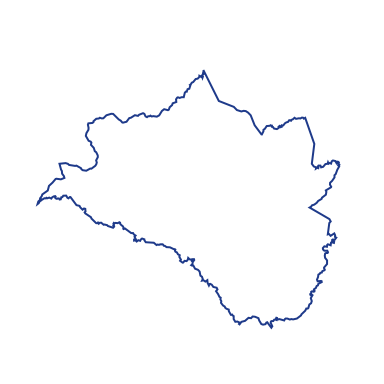 San José Del Fragua, Caquetá, Colombia, rotated 280°
{"feature_id": "7082276B10460666438069", "entity_name": "San José Del Fragua", "entity_type": "district", "adm_level": 2, "iso_a3": "COL", "parent_name": "Colombia", "parent_adm1": "Caquetá", "projection": "albers", "projection_center": [-76.127, 1.343], "detail": "fine", "context": "isolated", "style": "outline", "palette": "blue", "viewbox_px": 384, "rotation_deg": 280, "n_neighbors": 0, "source": "geoboundaries", "source_scale": "gbopen_adm2", "svg_char_len": 6002}
<svg xmlns="http://www.w3.org/2000/svg" viewBox="0 0 384 384"><g transform="rotate(280 192 192)"><path d="M314.1,182.0L313.2,182.4L310.7,182.2L310.1,182.9L308.5,181.5L307.6,182.7L306.4,182.5L307.2,182.1L306.8,181.4L307.7,179.1L306.5,179.2L304.6,177.9L303.9,176.0L300.5,174.1L299.6,172.8L297.8,172.1L297.1,171.4L296.7,171.9L293.2,171.4L292.5,169.8L289.9,169.4L289.9,168.6L288.6,167.7L283.9,167.4L283.6,165.4L282.5,163.5L282.8,161.7L282.3,161.0L280.5,160.2L277.9,160.9L276.0,157.6L274.1,157.3L271.6,155.3L269.1,154.9L268.4,154.1L268.7,150.2L266.6,148.3L261.8,146.4L260.1,144.3L260.0,140.8L259.4,139.2L260.0,137.8L259.3,137.2L259.0,135.7L257.9,134.7L258.4,133.1L260.7,131.5L261.1,130.1L258.9,126.5L257.6,125.6L257.7,122.4L254.5,118.9L253.9,117.4L249.8,115.3L248.3,112.0L248.4,111.2L249.9,109.4L250.7,107.3L255.2,100.8L255.0,98.9L252.7,94.4L249.2,91.9L248.8,90.4L249.1,88.3L248.2,87.5L247.5,85.0L244.6,82.7L243.6,82.8L242.7,81.9L241.6,78.0L240.2,77.8L237.2,79.0L235.3,79.2L231.6,77.8L228.8,77.7L224.5,81.3L224.0,83.5L223.2,84.3L220.9,84.3L218.4,87.6L215.3,89.2L214.5,90.8L211.7,92.8L210.0,93.2L206.5,92.1L204.5,93.1L202.6,92.9L201.0,92.2L197.5,88.9L197.4,87.7L194.6,84.2L194.5,80.6L195.2,79.2L196.2,78.5L197.9,73.6L197.4,72.4L197.3,66.3L198.2,64.9L198.5,62.5L196.8,56.6L191.4,59.1L190.1,60.2L187.5,60.9L185.4,63.1L183.7,63.9L181.7,60.7L181.5,56.1L181.1,55.4L177.0,53.0L173.2,50.1L168.4,49.7L163.6,45.0L161.7,44.7L159.4,43.5L157.7,43.6L156.0,42.3L153.3,42.0L154.4,43.0L156.1,43.5L157.5,44.9L158.7,45.1L158.5,45.9L160.2,47.7L160.3,49.2L161.0,49.6L160.7,50.6L161.7,52.4L161.1,54.6L162.3,55.1L163.6,56.5L164.2,58.0L163.8,58.5L162.7,58.2L162.1,58.7L161.8,60.2L162.4,61.0L162.5,62.1L161.6,62.9L162.0,64.0L164.1,64.2L164.4,65.2L166.0,65.9L166.6,68.7L164.7,70.3L164.3,71.4L165.8,72.5L165.9,73.2L159.0,80.5L158.8,83.6L157.4,84.7L155.6,87.3L157.0,88.5L156.9,89.8L154.4,90.5L153.3,89.8L152.4,90.6L149.6,96.9L148.4,97.6L144.7,103.0L144.8,104.1L145.6,104.7L144.6,105.7L145.6,106.4L146.0,107.9L144.4,110.7L144.8,111.5L144.6,114.2L143.9,115.1L143.1,120.5L144.3,121.3L145.2,120.4L145.8,120.9L147.0,120.1L148.0,120.4L147.7,121.2L148.3,122.1L148.4,124.3L149.6,125.7L149.3,126.5L148.3,126.7L147.3,127.9L146.2,129.9L145.0,130.8L143.9,130.7L143.6,131.1L144.4,132.4L141.0,139.2L141.3,141.1L140.1,142.1L139.3,144.0L137.9,143.2L135.7,144.9L135.1,143.2L134.1,143.4L134.6,144.6L133.6,146.1L135.2,147.5L134.9,149.4L136.4,149.9L137.5,150.9L137.1,153.3L136.2,153.5L134.5,155.2L135.4,163.2L133.6,166.3L134.3,167.3L134.2,168.7L135.0,169.8L134.9,170.6L135.4,171.5L135.2,172.6L134.2,173.5L134.2,174.7L133.3,176.5L133.7,179.9L132.6,183.8L132.7,185.0L132.4,185.6L131.2,185.4L130.3,186.1L129.9,187.6L128.2,189.0L127.6,190.9L125.9,190.8L123.5,192.8L122.2,192.2L120.8,195.0L121.0,195.6L122.9,196.6L123.0,198.7L124.6,199.6L126.4,199.7L125.3,201.3L125.3,203.0L124.3,203.6L124.7,204.1L125.9,204.0L126.2,205.6L125.4,206.0L123.1,204.9L121.1,204.9L119.8,204.0L119.5,204.9L119.8,206.1L117.0,208.3L116.4,211.4L115.0,213.3L111.1,214.8L110.3,216.5L108.2,217.7L106.5,217.3L107.1,218.6L106.1,220.7L107.8,222.4L105.3,223.1L102.8,224.9L104.5,225.4L104.7,225.9L104.1,227.6L102.2,229.5L102.0,232.9L100.5,234.0L98.5,232.9L95.9,235.5L93.5,237.2L92.9,238.6L91.2,238.6L89.6,239.8L87.9,239.8L85.6,242.3L84.9,244.1L83.8,244.8L83.0,246.2L82.6,248.6L81.0,249.0L77.8,251.6L78.2,252.9L77.6,253.2L77.0,254.6L74.1,255.1L71.7,257.2L72.3,259.2L71.7,261.4L71.2,261.7L70.2,261.2L69.9,261.8L72.7,263.2L74.3,266.6L77.9,269.5L78.0,272.1L79.9,273.3L80.1,275.6L79.3,279.3L77.1,280.5L74.0,283.2L73.7,285.0L74.6,287.3L76.3,287.9L76.8,288.7L72.1,293.7L73.7,294.4L76.9,292.2L78.1,292.2L78.6,292.6L79.0,294.4L80.5,295.1L80.9,296.0L80.7,297.1L82.1,296.7L82.8,296.9L82.7,297.7L81.2,298.5L82.0,300.1L81.5,305.1L82.9,305.5L83.7,306.3L83.9,308.1L83.4,310.5L84.1,311.8L84.1,313.7L85.6,317.3L89.4,320.8L90.5,321.0L94.7,324.1L97.1,324.8L97.3,326.2L97.9,326.7L101.6,327.1L103.1,328.6L105.4,328.9L108.1,327.4L111.3,328.6L111.5,328.2L111.0,327.1L111.4,326.3L112.1,326.2L113.0,327.0L114.4,326.7L115.1,327.5L114.9,329.1L115.3,329.8L115.9,329.9L116.9,329.0L117.5,329.1L118.9,330.6L121.1,331.1L121.9,332.2L123.6,332.4L125.8,335.4L126.7,335.1L126.8,334.5L125.9,331.2L127.4,330.3L130.1,330.9L132.6,330.8L133.7,332.1L134.7,332.4L135.2,333.8L136.7,334.1L138.0,336.1L138.7,336.2L139.8,335.3L140.6,335.2L144.5,337.5L148.1,336.9L150.3,334.5L152.4,333.8L154.5,333.8L155.2,334.6L155.5,336.1L156.3,336.4L157.7,335.4L157.2,333.1L157.4,331.9L158.4,330.9L159.5,330.6L161.5,331.8L161.5,334.4L163.3,334.3L164.1,334.9L163.6,337.8L166.2,337.7L166.8,338.1L166.5,340.6L167.7,340.6L168.3,338.5L169.1,338.3L169.7,338.9L169.7,340.8L172.1,342.0L172.6,340.6L174.2,340.5L175.9,339.3L172.9,336.1L174.5,334.1L173.9,333.1L185.3,332.6L187.1,333.7L189.2,332.0L197.1,310.5L198.2,311.8L199.7,312.5L200.8,314.6L203.0,316.7L205.1,317.8L207.7,320.8L209.0,321.0L212.6,324.3L215.5,324.3L216.8,323.5L220.8,328.1L221.3,328.2L223.2,326.6L225.1,326.4L227.2,328.0L231.1,329.8L233.2,329.4L234.6,330.4L239.0,331.2L242.7,332.5L243.6,331.4L243.9,332.3L244.6,332.4L245.4,331.2L246.6,331.5L247.1,330.8L247.1,330.0L245.8,330.3L245.3,329.5L247.4,327.7L247.5,325.3L246.5,324.3L244.1,324.0L244.5,322.6L243.6,321.6L244.8,320.8L243.3,320.6L242.7,318.6L239.6,316.8L238.7,314.9L240.3,313.9L240.0,312.0L238.8,311.4L238.2,312.2L237.4,312.2L237.6,311.0L236.6,310.0L237.8,310.0L238.3,307.5L240.6,305.1L260.6,304.1L284.7,290.6L283.7,289.4L284.4,288.7L284.4,287.4L283.2,285.9L283.2,284.6L282.1,281.7L282.9,280.1L281.0,278.6L280.2,277.2L279.4,277.1L279.6,275.3L277.6,274.3L277.0,272.9L275.8,271.6L273.4,270.3L273.0,269.5L273.3,268.8L272.9,268.5L271.8,269.0L271.2,268.0L272.2,266.7L271.3,266.0L270.9,266.4L270.2,266.3L268.7,264.7L268.7,261.8L270.1,260.4L270.1,259.4L271.1,259.2L270.9,258.5L271.4,257.9L270.7,257.0L269.9,254.1L266.9,252.8L265.7,251.6L264.1,251.8L260.8,250.8L260.8,250.4L268.6,242.1L277.7,236.5L279.9,233.5L281.0,230.9L280.9,228.8L279.9,226.6L280.5,222.0L283.1,218.4L286.3,202.6L314.1,182.0Z" fill="none" stroke="#1e3a8a" stroke-width="2"/></g></svg>